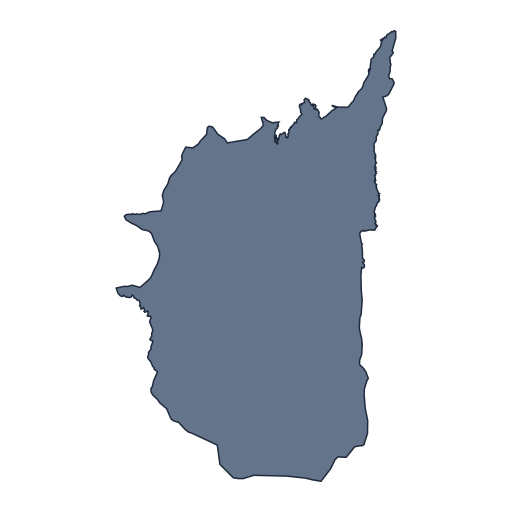 the district of Rutshuru, Nord-Kivu, Democratic Republic of the Congo
{"feature_id": "63176286B25642850349509", "entity_name": "Rutshuru", "entity_type": "district", "adm_level": 2, "iso_a3": "COD", "parent_name": "Democratic Republic of the Congo", "parent_adm1": "Nord-Kivu", "projection": "natural_earth1", "projection_center": [29.515, -0.961], "detail": "fine", "context": "isolated", "style": "filled", "palette": "slate", "viewbox_px": 512, "rotation_deg": 0, "n_neighbors": 0, "source": "geoboundaries", "source_scale": "gbopen_adm2", "svg_char_len": 6066}
<svg xmlns="http://www.w3.org/2000/svg" viewBox="0 0 512 512"><path d="M162.3,195.3L163.5,200.9L163.3,203.6L161.0,210.9L152.8,211.5L148.8,212.1L145.5,213.8L142.7,213.4L139.4,214.5L136.6,213.9L134.8,214.5L132.5,213.6L131.1,214.6L129.5,214.2L126.3,214.6L124.3,216.2L125.9,219.7L131.0,222.9L136.8,225.7L142.1,229.5L148.7,231.0L151.5,233.5L154.5,241.5L157.7,246.3L159.7,253.5L159.3,258.0L157.2,264.3L154.0,270.2L151.7,275.7L149.8,278.7L142.4,285.4L139.8,287.4L132.1,285.2L128.0,286.4L123.6,286.4L116.2,288.1L118.0,293.3L120.4,295.9L122.7,296.5L123.6,295.3L126.2,297.1L129.3,297.5L131.1,297.1L132.2,295.1L133.3,295.8L134.0,297.7L136.0,298.7L137.1,300.1L139.2,300.6L140.4,304.3L139.5,305.6L141.0,307.8L140.9,308.9L142.3,308.9L143.5,307.6L144.7,309.8L144.0,311.4L144.8,312.3L147.9,311.0L148.0,314.6L147.2,315.8L148.1,316.4L150.4,316.2L151.0,317.8L149.6,321.8L152.6,329.3L152.6,331.2L151.6,333.7L151.8,336.2L149.9,339.1L150.5,340.2L153.1,341.1L150.8,347.1L151.1,348.9L148.5,352.4L148.6,354.6L147.7,356.6L148.1,358.6L151.1,362.3L152.6,366.2L154.0,367.8L154.2,369.3L156.9,371.2L157.4,372.2L153.6,380.8L152.2,387.0L151.0,388.3L151.1,392.1L152.8,395.0L157.2,399.2L160.2,403.3L166.6,408.6L171.0,418.9L173.6,420.8L178.7,422.5L185.4,429.7L189.0,432.4L190.8,432.7L217.3,445.1L219.9,464.3L233.4,477.9L238.5,478.6L243.1,478.6L253.8,475.3L286.9,476.1L305.4,478.1L311.8,479.7L321.0,481.3L330.7,468.6L335.0,459.8L337.7,456.9L346.2,457.3L354.7,446.8L360.0,445.7L362.5,445.7L364.4,444.0L364.4,443.1L367.5,433.4L367.7,420.5L365.2,408.2L364.1,393.9L364.3,390.2L364.5,388.4L366.9,380.8L368.3,378.4L365.7,371.3L364.5,370.0L363.9,368.7L359.9,364.9L359.5,364.0L359.7,359.9L361.7,354.3L362.2,344.0L361.5,337.9L360.0,331.8L359.3,327.7L359.9,317.7L361.1,314.6L362.2,300.2L361.3,290.7L360.9,275.3L361.7,267.5L363.0,268.1L363.9,267.6L364.4,266.8L364.4,264.8L362.8,262.9L362.8,262.0L364.1,261.9L364.4,260.6L364.2,259.9L362.5,258.4L362.4,250.4L361.8,245.7L362.3,244.0L361.8,243.8L361.3,242.5L359.6,233.5L361.5,230.9L363.5,231.0L363.8,230.4L364.7,231.1L369.7,229.9L374.7,230.2L375.0,229.3L376.6,226.9L377.2,226.5L377.4,225.8L376.6,225.1L376.1,225.4L375.7,225.1L375.9,224.5L375.6,224.4L375.7,223.5L375.0,223.1L375.9,221.9L375.6,221.5L375.8,220.9L375.0,219.8L374.8,219.1L375.1,218.5L374.7,218.8L374.6,217.7L374.3,217.4L375.5,216.8L375.4,216.0L374.8,215.4L375.5,215.0L375.1,213.8L374.3,212.8L374.2,211.7L375.6,206.5L376.4,205.9L376.9,203.9L377.3,203.5L377.9,202.0L378.7,201.9L379.1,201.2L378.7,199.7L379.2,199.0L379.5,199.2L379.2,197.7L378.9,197.7L378.9,196.5L379.4,196.0L379.5,195.5L379.1,194.9L378.6,195.0L379.0,194.5L379.0,194.1L378.7,194.3L378.5,193.3L378.9,193.2L378.5,193.0L376.1,187.3L376.6,187.1L376.1,185.6L376.6,184.5L376.1,184.3L374.4,181.8L374.7,181.0L375.2,180.8L375.3,181.1L375.8,180.4L375.3,179.3L375.0,179.3L375.0,180.0L374.8,179.7L374.7,179.0L375.2,178.9L375.3,177.8L374.6,175.9L374.9,175.9L375.0,175.2L375.6,175.0L375.7,173.5L376.2,173.3L375.8,173.0L375.6,172.1L376.2,171.8L375.5,171.4L375.7,170.5L375.2,169.6L375.8,169.1L375.5,169.0L375.6,168.6L375.1,168.9L375.7,167.2L374.9,167.1L375.3,166.5L375.0,166.4L375.1,165.0L375.5,164.1L376.0,163.6L375.7,162.8L376.3,162.6L375.6,161.5L375.3,159.1L375.5,158.6L375.1,158.5L374.9,157.7L375.5,157.9L375.6,157.6L375.6,156.0L375.2,155.5L375.6,154.9L375.2,154.7L374.0,150.8L374.3,147.5L373.9,144.5L374.7,142.5L376.1,140.9L376.5,135.8L377.9,134.4L377.9,130.1L379.1,130.4L379.7,129.7L380.3,126.9L382.1,123.9L382.6,118.0L386.4,110.6L386.5,108.4L382.9,97.2L387.1,95.7L388.9,94.0L394.0,83.9L394.0,82.2L392.2,78.9L389.8,78.6L388.8,76.9L388.9,75.2L390.2,71.3L390.1,67.9L390.9,64.2L390.0,62.0L390.3,60.4L389.5,58.0L393.1,53.1L393.1,52.0L392.1,50.9L395.8,38.1L395.7,31.3L394.0,30.7L392.8,31.8L391.7,31.6L390.1,32.9L387.0,34.8L386.6,35.5L386.0,37.7L385.6,37.7L385.3,37.1L384.8,37.0L384.1,38.0L383.3,38.2L383.3,39.0L382.6,39.0L382.1,39.6L381.5,39.2L380.5,40.1L381.4,41.2L382.0,40.9L381.2,42.6L380.9,45.4L380.0,47.4L376.1,51.9L375.1,54.0L374.0,54.1L373.7,55.0L374.0,56.0L373.9,56.6L371.2,59.2L370.2,67.0L370.3,68.9L369.2,71.6L368.8,70.9L369.0,69.2L368.7,69.4L368.5,71.6L369.0,73.3L368.2,75.7L363.8,82.8L362.9,86.3L361.6,88.7L358.2,91.9L356.5,95.0L355.7,95.9L353.4,101.0L352.0,102.3L348.6,106.6L346.7,107.5L344.8,107.1L339.3,107.2L336.6,106.8L332.4,105.5L332.2,105.8L332.4,106.2L335.7,107.4L336.1,108.0L332.0,110.7L326.0,116.2L323.9,117.3L322.0,118.8L321.2,118.9L320.6,118.5L320.0,117.2L319.2,116.9L318.7,116.3L319.1,112.3L317.5,109.5L316.8,109.0L316.0,109.8L315.6,109.1L313.8,108.7L314.1,108.1L315.7,107.2L315.9,106.0L315.4,104.9L314.3,104.9L313.5,104.0L313.0,104.0L312.6,104.4L313.0,105.1L313.1,106.0L312.5,105.9L311.0,104.9L310.4,102.7L308.8,101.6L309.1,100.8L308.7,100.3L308.7,99.7L305.5,98.2L304.0,100.1L304.6,101.7L304.5,102.3L303.9,102.9L301.6,103.6L301.7,104.8L300.8,104.3L299.9,104.4L299.4,105.5L299.4,106.7L300.5,109.5L300.6,112.1L301.9,114.4L299.6,116.4L297.8,119.1L296.9,119.6L296.7,121.9L296.3,122.8L295.9,122.9L295.0,122.1L294.5,122.3L294.0,123.9L292.0,125.9L291.4,127.2L290.5,127.1L290.0,128.3L290.1,129.3L288.9,129.5L288.7,130.5L289.2,131.8L288.3,133.8L287.8,134.2L288.3,135.8L287.6,137.8L287.2,137.8L286.7,137.0L286.0,137.2L285.7,136.9L285.7,134.8L284.7,132.4L284.1,132.4L281.4,134.5L280.6,133.9L280.2,134.0L279.2,135.9L278.7,139.5L277.6,141.0L277.4,142.5L277.9,143.7L277.5,144.0L276.2,143.0L276.3,141.9L275.1,141.9L274.6,141.4L275.3,139.0L275.7,139.1L276.0,139.9L276.6,140.2L277.5,138.5L277.3,138.2L276.6,138.5L276.3,138.2L276.2,135.4L275.8,135.3L275.8,136.7L275.2,137.2L274.9,138.4L274.6,138.3L274.4,137.6L274.8,136.1L274.9,131.8L276.5,128.5L277.4,128.2L277.6,127.3L278.3,126.0L277.6,125.8L278.1,124.9L278.3,122.8L278.9,122.1L274.3,122.4L273.1,123.1L266.7,120.4L264.0,117.4L261.3,117.4L263.5,125.1L260.3,128.9L253.2,134.4L247.3,139.5L227.4,142.9L224.4,138.6L217.9,134.3L212.6,127.0L209.1,126.2L207.5,127.4L207.1,129.1L206.6,134.3L200.3,141.1L198.3,144.1L192.8,147.9L185.7,147.1L182.3,154.0L181.6,156.6L182.1,159.8L175.4,171.5L171.1,175.5L169.5,178.1L167.7,184.2L164.1,189.9L162.3,195.3Z" fill="#64748b" stroke="#1e293b" stroke-width="1.5"/></svg>